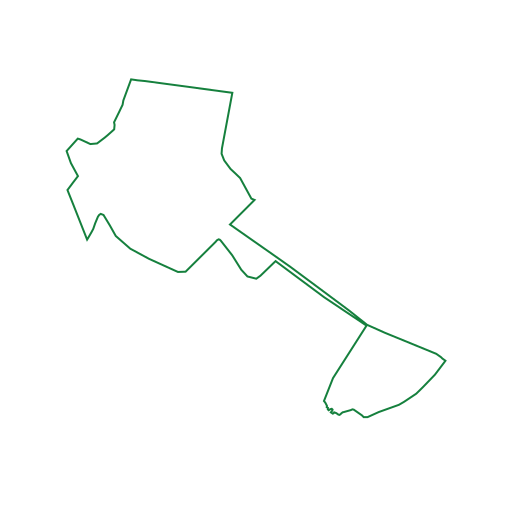 outline of Al Galabat Al Gharbyah - Kassab, Gedarif, Sudan, rotated 313°
{"feature_id": "16777658B97978388224054", "entity_name": "Al Galabat Al Gharbyah - Kassab", "entity_type": "district", "adm_level": 2, "iso_a3": "SDN", "parent_name": "Sudan", "parent_adm1": "Gedarif", "projection": "natural_earth1", "projection_center": [35.305, 13.365], "detail": "fine", "context": "isolated", "style": "outline", "palette": "green", "viewbox_px": 512, "rotation_deg": 313, "n_neighbors": 0, "source": "geoboundaries", "source_scale": "gbopen_adm2", "svg_char_len": 1509}
<svg xmlns="http://www.w3.org/2000/svg" viewBox="0 0 512 512"><g transform="rotate(313 256 256)"><path d="M308.6,466.0L308.6,465.9L308.1,462.1L308.2,460.5L307.4,454.6L290.2,409.1L287.7,402.5L281.4,384.1L279.6,361.3L276.9,336.8L271.5,288.7L269.5,274.0L261.3,215.5L296.0,216.7L294.8,213.5L302.2,191.2L302.3,184.0L302.3,178.0L304.2,167.6L307.3,161.1L311.5,157.7L359.2,127.4L308.4,55.7L304.8,51.0L303.5,49.3L302.5,47.8L300.0,44.2L279.3,52.9L275.6,55.3L269.8,57.1L268.9,57.4L257.0,61.0L255.4,63.2L251.9,65.9L243.1,65.1L239.2,64.6L229.9,63.0L224.9,58.5L221.5,48.1L220.3,45.6L203.6,45.9L197.7,57.3L193.0,71.3L184.9,72.1L175.7,73.1L174.3,76.0L168.8,87.7L152.8,121.3L154.8,120.9L161.0,119.5L164.8,118.5L170.2,116.1L176.9,113.6L179.0,113.3L180.9,113.7L182.0,116.5L178.7,128.2L175.0,139.8L175.6,159.1L181.0,179.8L184.1,189.0L185.0,191.7L191.1,209.8L196.5,215.2L238.9,216.8L240.8,216.7L242.7,217.3L243.2,218.4L243.2,219.7L240.3,238.1L235.9,254.6L235.2,263.7L239.6,271.7L244.6,272.7L265.6,273.8L272.3,333.9L280.4,384.0L280.5,384.3L219.2,395.6L196.3,404.6L196.0,406.7L194.8,410.1L193.7,410.8L194.0,412.2L192.8,413.1L192.8,414.4L194.4,414.7L195.9,415.6L195.9,416.7L195.0,417.2L192.7,417.4L193.1,419.7L194.0,420.0L195.0,419.8L195.9,422.0L196.1,424.1L196.6,425.3L197.7,425.7L199.1,425.7L200.8,426.0L201.5,426.5L207.9,430.4L209.6,431.1L210.3,432.3L211.7,442.1L211.6,444.7L214.3,447.5L225.6,452.2L244.6,462.0L250.2,463.7L264.6,467.1L273.6,467.5L291.2,467.8L308.6,466.0Z" fill="none" stroke="#15803d" stroke-width="2"/></g></svg>